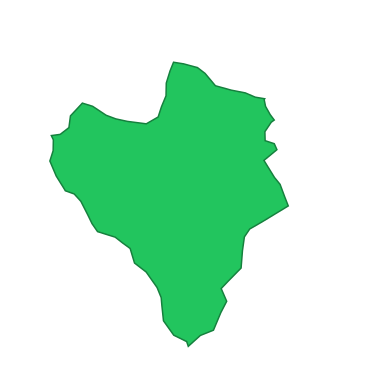 outline of Sala, Västmanland, Sweden, rotated 150°
{"feature_id": "70781695B82098029436339", "entity_name": "Sala", "entity_type": "district", "adm_level": 2, "iso_a3": "SWE", "parent_name": "Sweden", "parent_adm1": "Västmanland", "projection": "albers", "projection_center": [16.494, 60.0], "detail": "fine", "context": "isolated", "style": "filled", "palette": "green", "viewbox_px": 384, "rotation_deg": 150, "n_neighbors": 0, "source": "geoboundaries", "source_scale": "gbopen_adm2", "svg_char_len": 1062}
<svg xmlns="http://www.w3.org/2000/svg" viewBox="0 0 384 384"><g transform="rotate(150 192 192)"><path d="M115.6,131.8L114.1,141.6L111.9,154.6L113.3,163.2L113.9,183.4L97.3,186.2L96.6,192.7L103.0,199.9L98.7,207.8L88.5,212.8L84.8,213.2L85.6,220.0L85.5,229.4L83.3,235.9L82.4,236.4L89.8,242.5L96.3,251.2L107.1,260.6L118.6,272.3L121.4,288.2L125.0,296.9L135.1,307.1L143.1,313.6L144.9,312.2L150.4,307.9L159.8,299.2L166.4,288.3L175.8,281.1L183.8,273.9L197.5,273.9L212.7,285.5L221.4,293.4L228.0,301.4L235.2,315.9L242.5,323.8L259.2,318.7L266.4,309.3L277.3,307.8L285.6,311.2L286.0,306.5L291.6,297.2L299.6,289.9L301.6,273.7L301.1,258.7L301.1,256.4L295.0,249.2L292.9,239.5L293.7,224.2L294.4,214.5L293.6,204.9L285.9,196.5L281.1,191.3L277.4,182.1L273.8,174.0L275.7,166.0L277.3,159.2L271.7,145.6L270.0,126.7L271.5,115.9L274.7,109.1L281.1,94.7L279.4,77.1L271.4,65.1L272.4,60.2L256.5,63.6L242.5,61.6L227.4,73.1L216.6,80.0L215.0,93.8L205.2,96.7L187.5,101.6L177.6,116.0L169.1,126.9L160.5,131.1L146.4,131.1L115.6,131.8Z" fill="#22c55e" stroke="#15803d" stroke-width="1.5"/></g></svg>